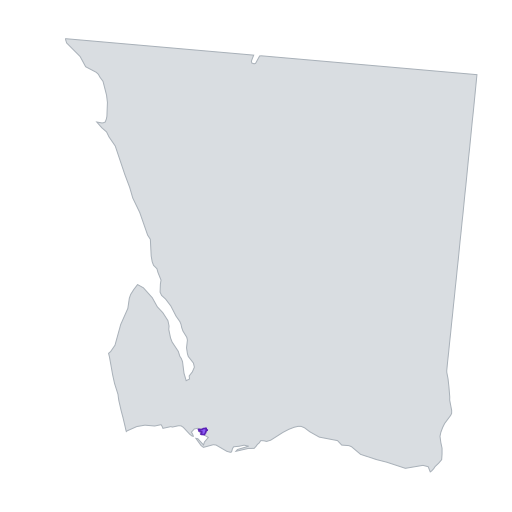 Manzala, Ad Daqahliyah, Egypt (highlighted), rotated 185°
{"feature_id": "37247803B21688775597596", "entity_name": "Manzala", "entity_type": "district", "adm_level": 2, "iso_a3": "EGY", "parent_name": "Egypt", "parent_adm1": "Ad Daqahliyah", "projection": "natural_earth1", "projection_center": [31.941, 31.153], "detail": "fine", "context": "in_parent", "style": "filled", "palette": "violet", "viewbox_px": 512, "rotation_deg": 185, "n_neighbors": 0, "source": "geoboundaries", "source_scale": "gbopen_adm2", "svg_char_len": 4300}
<svg xmlns="http://www.w3.org/2000/svg" viewBox="0 0 512 512"><g transform="rotate(185 256 256)"><path d="M464.6,455.9L453.3,455.9L441.9,455.9L430.5,455.9L419.1,455.9L407.7,455.9L396.3,455.9L384.9,455.9L373.5,455.9L362.1,455.9L350.7,455.9L339.3,455.9L327.9,455.9L316.5,455.9L305.1,455.9L293.7,455.9L282.3,455.9L275.8,455.9L276.9,452.2L277.6,449.6L276.9,447.8L274.6,447.3L273.2,447.9L269.8,455.6L268.0,455.9L264.0,455.9L250.7,455.9L237.4,455.9L224.1,455.9L210.9,455.9L197.6,455.9L184.3,455.9L171.1,455.9L157.8,455.9L144.5,455.9L131.3,455.9L118.0,455.9L104.7,455.9L91.5,455.9L78.2,455.9L64.9,455.9L51.7,455.9L51.8,446.6L51.9,437.3L52.0,428.0L52.1,418.7L52.3,409.5L52.4,400.2L52.5,390.9L52.6,381.6L52.8,372.3L52.9,363.0L53.0,353.7L53.1,344.4L53.3,335.1L53.4,325.8L53.5,316.5L53.7,307.2L53.8,297.9L54.0,288.7L54.1,279.4L54.2,270.1L54.4,260.8L54.5,251.5L54.7,242.2L54.8,232.9L55.0,223.6L55.1,214.3L55.3,205.0L55.4,195.7L55.6,186.4L55.7,177.1L55.9,167.8L56.0,158.5L55.8,156.7L54.0,150.4L52.4,142.4L50.7,132.5L50.5,129.3L47.6,119.1L47.4,116.3L48.2,114.2L53.5,105.6L55.1,101.5L56.5,96.5L57.0,92.4L55.6,86.2L53.9,80.7L53.4,74.9L53.3,69.3L56.0,65.5L59.2,61.9L60.4,59.7L62.3,57.2L63.6,56.1L66.1,61.1L71.4,62.0L88.7,57.5L107.8,62.0L118.3,63.7L134.5,67.5L144.3,74.4L147.0,75.2L154.1,75.1L158.7,79.2L177.2,81.1L187.1,85.6L192.7,89.1L196.1,90.2L199.1,90.0L203.1,88.7L208.2,86.2L213.7,82.7L225.3,73.8L229.3,72.2L232.0,72.6L235.2,72.5L236.5,70.1L238.2,68.4L239.3,66.5L241.1,64.2L247.0,63.6L259.0,59.7L257.6,61.6L246.7,65.9L251.4,66.5L256.2,65.0L261.6,64.0L262.6,62.2L263.3,58.7L264.4,58.2L268.1,58.9L279.3,64.2L282.1,64.3L290.0,61.4L291.7,60.8L294.2,62.4L300.0,69.1L298.0,68.9L291.8,63.2L291.2,66.1L287.7,71.1L292.1,73.2L295.7,74.1L297.6,76.9L298.9,79.3L302.4,78.3L305.0,74.9L303.6,73.0L302.7,71.0L303.9,71.0L306.4,72.6L313.5,79.0L315.9,80.3L318.6,80.1L324.4,78.3L326.0,78.6L333.7,76.2L334.6,78.0L335.9,79.7L342.1,77.8L351.9,77.8L359.9,75.7L369.1,70.6L369.9,69.8L370.4,71.1L371.5,74.6L374.4,83.4L376.9,90.3L380.0,99.9L380.9,103.6L381.4,106.1L385.8,116.7L388.5,125.3L390.4,132.4L393.2,142.7L394.4,146.2L392.5,148.1L388.7,154.8L384.8,176.0L379.1,192.6L378.5,203.0L377.5,206.8L374.8,212.0L371.5,217.2L365.4,214.5L355.7,205.4L349.9,196.8L343.8,191.3L338.1,183.9L336.5,178.6L336.5,175.2L334.0,166.9L332.1,163.0L325.1,154.2L323.1,149.4L321.5,147.4L320.0,144.4L317.5,132.9L314.7,125.7L311.5,127.7L312.1,130.7L309.3,135.0L307.7,139.9L309.0,143.9L314.7,150.0L315.8,152.7L317.2,158.5L317.0,166.3L317.9,169.0L322.2,174.8L323.8,178.3L324.7,181.3L326.1,184.0L330.4,189.1L336.5,198.8L342.4,205.3L346.6,208.5L348.4,211.6L348.8,219.8L348.5,223.7L352.2,231.0L353.6,234.7L357.2,237.7L358.9,241.2L360.4,246.8L362.7,263.4L365.8,267.4L375.6,289.2L383.8,303.0L387.8,313.3L393.8,325.8L405.8,353.3L412.8,361.8L415.7,366.6L420.8,370.3L426.3,375.6L421.0,375.1L419.7,375.4L417.9,376.3L417.0,379.5L416.7,382.1L417.4,396.1L418.9,403.2L423.6,416.6L427.1,420.6L428.8,423.2L431.2,425.1L442.2,429.7L448.6,439.4L463.2,451.7L464.6,455.1L464.6,455.9Z" fill="#d9dde1" stroke="#a8b0b8" stroke-width="1"/><path d="M298.0,78.5L297.8,78.4L298.0,78.4L298.2,78.2L298.1,77.9L298.0,77.7L297.9,77.7L297.4,77.4L297.3,77.2L297.2,77.1L297.3,77.0L297.3,76.6L296.6,76.8L295.9,76.8L295.7,76.1L295.4,76.2L294.9,76.3L294.7,76.4L294.6,76.2L294.6,75.9L294.6,75.7L294.6,75.4L294.6,75.0L294.7,74.8L294.9,74.8L295.0,74.7L295.2,74.4L295.2,74.1L295.4,73.7L295.2,73.6L294.9,73.6L294.7,73.5L294.4,73.5L294.3,73.4L294.2,73.4L294.0,73.5L293.5,73.5L292.6,73.6L292.2,73.5L291.9,73.5L291.6,73.9L291.5,74.1L291.5,74.3L291.4,74.8L291.3,75.0L291.1,75.1L290.7,75.5L290.7,75.9L290.7,76.2L290.7,76.3L290.8,76.4L290.8,76.5L290.8,76.8L290.7,76.9L290.5,77.0L290.4,77.1L290.2,77.4L290.0,77.7L289.9,77.8L289.9,78.2L289.7,78.2L289.4,78.2L289.4,78.3L289.4,78.5L289.5,78.5L289.8,78.5L289.9,78.4L290.0,78.4L290.3,78.4L290.5,78.4L290.5,78.5L290.6,78.8L290.7,79.1L290.6,79.4L290.5,79.5L290.5,79.9L290.5,80.0L290.9,80.1L291.0,80.0L291.5,80.0L291.8,79.9L292.0,79.8L292.2,79.7L292.4,79.7L292.6,79.6L292.8,79.6L293.0,79.6L293.5,79.5L293.6,79.4L293.8,79.3L293.9,79.2L294.0,79.1L294.1,78.9L294.3,78.7L294.5,78.6L294.8,78.6L295.0,78.6L295.3,78.6L295.5,78.5L295.8,78.5L296.3,78.4L296.5,78.4L297.0,78.5L297.4,78.5L297.5,78.5L298.0,78.5L298.0,78.5Z" fill="#8b5cf6" stroke="#5b21b6" stroke-width="1.5"/></g></svg>